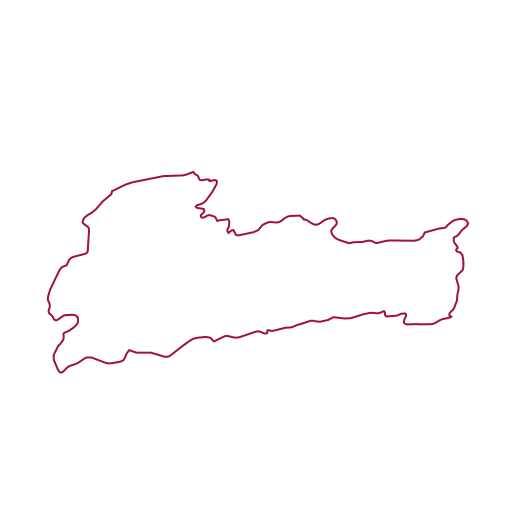 SVG path tracing the border of Chin, rotated 82°
{"feature_id": "MMR-3274", "entity_name": "Chin", "entity_type": "State", "adm_level": 1, "iso_a3": "MMR", "parent_name": "Myanmar", "parent_adm1": "", "projection": "mercator", "projection_center": [93.495, 22.37], "detail": "fine", "context": "isolated", "style": "outline", "palette": "rose", "viewbox_px": 512, "rotation_deg": 82, "n_neighbors": 0, "source": "natural_earth", "source_scale": "10m", "svg_char_len": 4483}
<svg xmlns="http://www.w3.org/2000/svg" viewBox="0 0 512 512"><g transform="rotate(82 256 256)"><path d="M171.5,389.3L171.3,388.1L167.2,375.5L166.0,369.3L165.7,366.2L164.0,336.6L166.0,317.5L165.7,313.8L164.0,306.3L164.9,305.9L165.8,305.4L166.6,304.8L167.2,304.0L168.6,302.4L170.0,301.9L171.4,301.8L172.7,301.1L173.5,299.4L173.5,297.7L173.3,295.9L173.3,294.1L174.0,291.7L174.2,291.8L174.8,291.9L175.3,291.6L175.4,290.3L175.0,286.8L175.3,285.2L176.5,284.3L179.3,285.0L186.6,290.5L194.1,297.7L196.1,300.5L197.0,304.0L197.6,307.6L198.8,308.8L200.2,307.6L201.3,304.0L202.1,301.3L203.8,300.8L205.7,301.9L207.2,304.1L207.8,304.8L208.5,305.1L209.3,305.1L210.1,304.6L210.3,304.3L210.5,304.1L210.6,303.2L210.6,302.3L210.4,301.4L210.1,300.6L209.3,299.0L209.0,297.3L209.2,295.7L211.3,291.5L212.4,290.6L213.8,290.3L215.9,289.4L215.6,288.4L215.7,280.0L215.5,279.0L215.8,278.3L217.2,277.8L218.3,277.7L221.3,278.3L223.4,278.9L225.0,280.2L226.8,280.9L229.3,280.1L227.2,276.3L227.2,274.7L227.4,274.5L227.9,274.6L230.4,273.5L231.6,273.3L232.5,272.7L233.0,271.1L233.1,269.9L232.1,255.3L230.7,250.2L226.6,245.8L225.6,243.7L224.4,239.6L224.3,236.7L225.6,231.8L225.7,229.1L225.0,226.6L222.4,222.0L221.5,219.6L221.1,217.0L222.1,207.0L225.9,203.6L226.3,203.8L227.4,200.9L231.6,196.0L233.2,193.4L233.4,191.0L232.7,188.5L230.4,184.0L229.5,181.4L228.9,177.9L229.1,174.5L230.6,172.3L233.4,171.2L235.6,171.8L237.4,173.5L239.0,176.0L241.4,178.0L244.5,177.8L247.5,176.3L249.7,174.3L251.4,172.0L256.2,162.3L256.3,160.7L256.0,159.2L256.0,157.2L256.9,148.8L256.4,143.5L256.6,141.3L257.3,139.2L259.6,136.0L260.0,134.9L260.0,133.8L259.8,132.4L259.1,125.0L259.2,121.5L262.9,97.2L262.6,93.0L262.1,91.7L260.6,89.4L259.9,88.1L256.2,85.6L254.3,71.0L254.4,66.4L254.1,64.4L253.6,63.5L252.9,62.9L251.9,61.7L249.5,57.6L248.5,55.5L247.9,53.3L247.7,50.6L247.9,48.2L247.9,47.5L248.7,44.6L250.2,42.6L253.2,41.4L255.5,42.8L258.7,47.9L259.9,49.4L263.7,53.3L264.4,55.0L264.8,56.6L265.7,57.7L267.8,58.0L270.2,57.8L273.8,55.8L275.7,55.1L276.4,55.5L277.1,56.3L277.8,57.0L278.9,56.7L279.6,56.1L280.1,55.3L280.6,54.3L280.8,53.3L283.7,51.5L289.2,51.3L295.0,52.0L298.7,53.3L303.3,59.6L305.7,60.8L314.9,59.6L318.3,60.4L321.5,61.7L325.5,62.7L328.1,63.2L334.7,66.8L336.6,68.3L338.2,70.7L339.9,72.5L341.9,72.7L343.3,71.1L343.9,72.4L344.6,80.7L345.2,82.9L347.3,87.9L348.0,91.2L346.5,103.1L345.8,106.5L344.8,115.8L344.8,116.1L344.5,116.8L344.0,117.5L343.2,118.4L342.6,118.8L341.6,118.7L339.9,118.1L336.1,115.7L335.3,115.6L334.6,115.6L334.2,115.8L333.5,116.9L333.5,120.6L334.4,123.7L334.6,125.4L334.1,134.9L333.5,135.9L332.5,136.4L329.6,136.2L328.4,137.0L329.6,141.5L329.7,143.6L328.3,149.5L328.2,150.9L328.6,157.6L330.6,169.5L330.7,172.0L330.2,177.1L327.6,187.0L327.5,188.5L328.2,189.9L328.6,191.6L329.4,193.4L330.0,201.7L329.0,206.1L328.4,207.2L327.7,210.7L329.2,218.9L330.2,225.6L331.4,229.8L331.6,232.0L331.1,236.6L332.5,249.5L332.3,251.2L331.1,254.2L331.3,255.1L332.9,255.4L333.8,255.8L334.2,256.8L333.8,258.6L331.3,262.9L330.9,264.5L330.9,266.8L334.1,283.6L334.2,286.1L333.7,289.1L331.4,294.7L330.9,297.3L333.5,305.8L334.3,308.1L334.6,308.6L334.6,309.4L334.1,310.3L332.2,311.3L331.1,312.2L330.3,313.2L329.2,317.0L328.8,324.9L329.2,329.6L330.9,333.8L335.4,342.2L340.7,351.3L342.8,355.0L343.4,356.6L343.4,358.7L342.9,360.8L337.1,373.5L335.1,387.9L331.6,394.6L334.4,397.5L339.1,400.4L340.6,401.7L341.4,403.3L341.8,405.6L342.1,413.8L341.9,416.8L341.1,419.4L333.7,432.8L332.9,437.8L333.2,439.1L337.0,447.0L337.9,449.9L338.8,455.2L339.5,457.1L340.4,458.8L343.7,463.1L344.0,463.8L344.3,464.5L344.3,465.5L343.4,466.7L340.9,468.0L331.0,470.6L327.8,470.4L325.8,470.1L317.4,464.3L316.2,462.5L313.3,459.5L311.6,458.3L309.6,457.7L306.4,457.5L305.6,456.9L305.0,455.4L304.6,453.6L303.8,451.1L303.2,450.2L303.0,449.5L301.3,446.3L299.5,443.7L297.8,442.2L296.6,441.4L292.5,440.9L290.0,442.5L289.3,443.9L288.7,445.6L288.1,452.8L288.2,454.4L288.4,455.1L288.7,455.9L289.1,456.5L289.5,457.4L289.9,457.9L291.5,461.2L291.9,462.6L291.5,463.9L290.5,464.8L288.0,465.7L286.5,466.6L283.9,468.8L282.5,469.1L280.7,468.8L278.2,467.5L276.2,467.0L273.8,467.2L270.8,468.2L267.7,467.8L260.6,464.5L243.4,453.1L241.4,451.4L240.3,450.0L239.8,449.1L238.8,444.8L233.4,441.3L232.4,439.7L231.5,437.6L230.1,425.1L229.4,423.2L228.3,422.1L208.1,417.9L206.0,417.7L204.6,417.9L203.3,418.8L200.6,421.8L199.3,422.8L197.9,422.9L196.2,422.2L193.9,420.2L192.3,417.5L191.3,415.3L190.3,412.6L187.6,408.2L180.6,400.2L174.8,390.8L171.5,389.3Z" fill="none" stroke="#9f1239" stroke-width="2"/></g></svg>